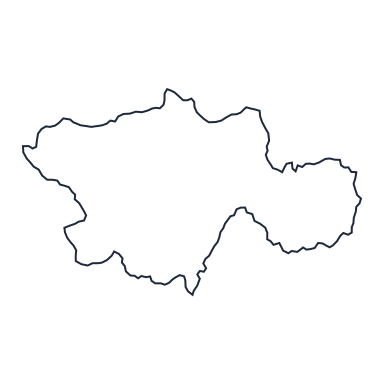 the district of Jeceaba, Minas Gerais, Brazil
{"feature_id": "56859067B20881442206029", "entity_name": "Jeceaba", "entity_type": "district", "adm_level": 2, "iso_a3": "BRA", "parent_name": "Brazil", "parent_adm1": "Minas Gerais", "projection": "natural_earth1", "projection_center": [-44.042, -20.555], "detail": "fine", "context": "isolated", "style": "outline", "palette": "slate", "viewbox_px": 384, "rotation_deg": 0, "n_neighbors": 0, "source": "geoboundaries", "source_scale": "gbopen_adm2", "svg_char_len": 2682}
<svg xmlns="http://www.w3.org/2000/svg" viewBox="0 0 384 384"><path d="M46.0,126.4L41.6,128.9L38.0,133.7L36.8,141.1L36.2,146.8L32.7,148.5L28.8,146.1L23.0,146.1L23.3,152.3L26.7,158.5L30.6,162.8L33.6,166.6L38.7,169.6L42.1,175.5L47.2,179.7L53.0,179.8L57.3,180.6L60.0,184.5L64.7,185.8L68.9,187.2L72.0,191.7L75.1,194.6L74.8,199.3L79.1,203.1L82.0,207.8L84.2,211.6L86.1,215.4L84.1,220.5L78.9,221.6L74.8,223.9L69.6,225.7L64.4,227.8L65.0,232.4L67.3,237.9L70.6,242.3L73.5,245.5L76.2,250.3L75.7,256.0L75.8,261.1L81.4,264.2L87.7,265.5L92.6,263.2L98.3,263.2L102.0,262.6L107.0,260.0L111.6,255.8L114.2,251.5L119.0,254.0L122.5,258.3L121.9,262.6L124.7,265.9L125.9,271.4L130.4,275.5L134.7,275.8L138.1,278.3L141.4,276.0L146.1,277.2L150.1,276.4L151.6,280.9L155.2,283.3L160.8,283.3L164.8,284.7L169.1,282.8L172.6,279.4L175.8,277.2L179.8,275.1L184.1,276.4L185.3,280.3L185.6,287.0L188.0,291.3L192.5,294.8L193.8,290.7L197.3,285.6L199.8,278.7L197.3,274.4L199.8,271.0L203.9,271.7L206.1,268.2L203.3,263.4L205.5,258.8L209.1,255.8L212.0,250.3L214.3,246.2L217.6,242.0L219.2,237.7L220.5,232.1L223.2,228.3L225.0,223.7L228.1,219.5L230.4,216.3L234.1,215.2L236.6,209.3L240.8,207.6L245.1,207.6L246.8,212.4L252.3,214.1L254.5,220.9L260.0,223.7L265.2,227.6L267.3,232.7L267.2,239.3L270.6,241.2L273.5,244.8L279.3,243.0L283.2,250.7L288.4,253.2L291.7,251.0L297.3,251.9L303.1,247.5L306.4,249.6L310.3,249.1L314.7,248.0L318.1,243.0L322.5,243.4L326.1,245.5L329.6,247.3L332.8,245.5L337.0,241.2L340.3,235.8L343.3,233.0L348.1,234.7L351.7,232.6L351.8,227.1L353.4,223.2L353.8,217.7L355.8,211.6L356.3,206.8L359.5,203.4L361.0,198.6L357.1,195.0L355.3,189.5L353.6,183.8L355.4,178.0L356.3,172.2L351.3,171.9L348.4,167.4L344.2,167.5L341.0,165.2L339.9,159.9L334.3,159.6L330.0,158.5L325.4,158.9L318.8,162.6L313.8,164.3L309.6,163.6L305.8,163.8L302.2,167.0L297.7,165.4L295.6,171.3L292.5,168.6L291.9,162.6L286.5,163.8L284.2,167.9L282.2,172.2L277.7,169.7L272.8,168.1L270.7,164.5L267.6,159.9L265.8,154.9L267.6,150.7L266.7,146.6L269.1,140.7L268.3,133.3L264.9,127.4L262.1,122.0L260.2,116.7L259.6,110.8L254.0,109.2L250.5,108.5L246.2,107.3L243.4,109.9L240.7,112.6L236.7,114.2L231.5,114.5L225.7,117.7L221.5,120.5L215.9,122.0L208.9,122.3L204.3,119.3L200.6,116.0L196.9,112.4L194.5,107.1L194.2,101.9L191.4,98.6L187.3,100.3L183.1,100.2L178.7,96.1L174.7,92.5L171.0,90.6L167.1,89.2L164.6,93.6L164.5,100.4L163.5,104.8L159.9,108.3L155.9,107.8L152.2,108.5L147.9,110.5L142.0,112.2L135.8,111.7L130.0,113.6L123.4,114.0L118.2,116.5L115.1,121.5L110.3,120.6L106.8,123.6L102.3,125.3L96.2,126.2L91.3,126.9L86.5,126.1L80.6,125.3L76.9,123.7L73.3,122.3L70.2,119.5L63.3,118.4L58.8,123.0L54.9,125.7L49.9,126.9L46.0,126.4Z" fill="none" stroke="#1e293b" stroke-width="2"/></svg>